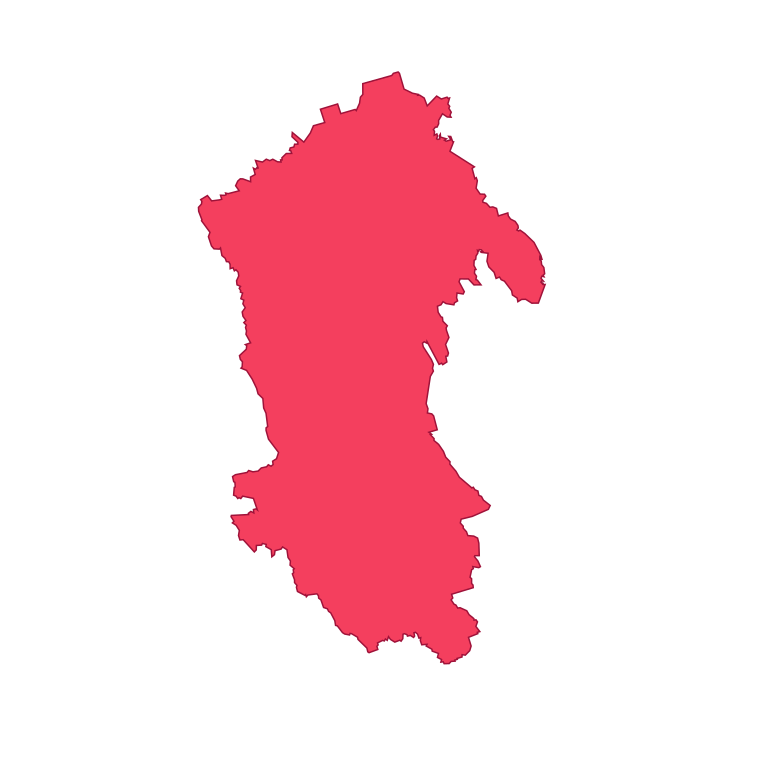 Banana, Queensland, Australia (Equal Earth projection), rotated 155°
{"feature_id": "25037944B6409140573096", "entity_name": "Banana", "entity_type": "district", "adm_level": 2, "iso_a3": "AUS", "parent_name": "Australia", "parent_adm1": "Queensland", "projection": "equal_earth", "projection_center": [149.813, -24.807], "detail": "fine", "context": "isolated", "style": "filled", "palette": "rose", "viewbox_px": 768, "rotation_deg": 155, "n_neighbors": 0, "source": "geoboundaries", "source_scale": "gbopen_adm2", "svg_char_len": 6171}
<svg xmlns="http://www.w3.org/2000/svg" viewBox="0 0 768 768"><g transform="rotate(155 384 384)"><path d="M399.8,128.9L400.3,131.4L402.2,131.9L401.7,133.4L404.4,139.0L404.8,143.5L409.6,149.1L411.9,149.8L412.2,153.2L413.6,154.9L414.4,160.0L412.1,161.0L411.6,164.9L389.2,161.7L388.3,164.2L388.9,166.2L386.9,170.5L387.7,172.5L383.0,178.7L381.1,178.9L380.7,181.0L375.7,177.5L373.8,177.7L373.7,183.9L375.0,189.2L374.2,190.0L370.2,188.2L365.3,199.7L364.3,204.8L366.9,208.2L372.1,211.2L371.7,215.2L373.1,219.9L372.3,221.6L373.6,225.8L371.2,228.9L359.9,226.7L342.4,226.3L339.1,229.0L343.0,236.8L343.2,240.9L345.1,243.0L344.1,247.3L346.3,249.7L346.7,252.7L348.3,252.7L355.1,267.6L355.7,274.6L358.2,283.5L357.0,285.7L359.0,291.6L358.6,297.8L360.0,306.2L362.6,311.7L361.7,313.3L363.4,318.5L362.1,318.3L363.7,321.3L355.1,320.0L352.5,334.1L353.3,336.7L356.9,339.4L354.6,343.0L354.1,348.4L338.8,371.3L333.8,374.8L333.4,377.7L330.9,380.9L330.7,386.2L332.7,401.1L331.9,404.7L329.7,405.3L328.0,403.0L327.1,404.4L325.8,378.5L323.0,378.5L322.6,376.7L317.7,377.4L316.3,383.0L314.5,382.5L312.5,384.8L311.5,393.8L305.5,398.7L304.7,406.3L304.0,408.6L302.0,410.0L304.1,416.0L302.9,419.7L304.0,420.8L304.6,426.1L302.7,431.9L298.9,431.7L295.7,433.7L293.8,430.7L287.2,426.2L285.8,427.8L282.2,428.2L281.8,431.4L279.4,435.6L274.2,432.1L272.2,433.7L272.8,444.9L270.7,447.1L263.1,443.5L260.6,435.8L254.2,432.9L255.5,438.7L256.6,439.8L254.6,442.6L255.2,446.2L253.4,449.2L252.2,448.9L252.4,453.5L250.0,458.0L248.2,458.2L246.5,461.1L243.5,463.1L242.8,465.6L242.0,464.4L240.9,465.6L239.1,464.5L238.5,462.5L240.3,463.0L240.4,462.3L234.4,458.5L238.8,451.8L239.5,445.8L237.0,438.7L237.8,432.3L234.1,432.1L233.7,429.0L231.4,426.3L228.9,414.6L230.0,410.4L227.0,405.6L227.9,402.0L223.5,402.5L219.8,400.9L215.9,394.8L209.9,392.1L195.9,406.1L197.3,406.6L197.4,408.2L198.0,407.6L198.7,410.0L197.2,410.9L196.1,410.0L197.0,413.5L195.4,415.0L193.7,413.6L193.8,415.4L191.8,416.0L189.9,422.0L190.7,425.6L189.5,429.1L190.3,430.9L188.4,434.7L188.8,430.7L188.1,430.3L187.5,434.3L188.2,448.9L192.8,460.9L195.7,466.0L197.3,465.8L198.5,467.4L196.3,468.7L195.6,471.1L196.4,475.9L199.6,480.0L200.3,483.8L199.5,486.7L209.3,488.0L207.8,495.6L210.5,498.5L213.3,499.4L214.8,504.4L217.5,506.9L217.1,508.5L212.3,511.2L212.7,513.5L216.6,515.5L217.8,522.5L213.5,528.8L213.2,532.0L214.9,531.6L213.0,542.2L210.3,542.6L225.9,567.1L218.6,574.1L219.3,574.6L218.9,580.1L220.7,581.1L220.1,577.1L225.1,577.8L226.2,579.5L223.8,579.8L228.4,583.9L227.4,586.6L228.9,585.6L229.8,582.6L231.8,582.9L232.7,584.0L230.7,586.1L230.4,588.3L233.4,588.2L231.4,591.7L231.8,593.6L228.9,595.1L227.3,594.4L224.5,596.7L223.1,599.8L216.8,604.2L213.9,599.3L210.5,597.5L210.6,599.7L208.2,601.9L208.7,606.5L207.1,607.9L207.8,610.8L203.7,615.5L205.3,615.8L205.6,617.3L211.6,618.1L214.6,622.7L227.3,617.8L226.7,626.2L229.6,630.7L231.4,631.4L230.6,632.0L235.3,635.5L241.2,642.8L238.7,659.0L239.3,660.8L244.2,661.6L246.6,660.3L276.3,665.2L280.8,655.4L284.2,653.9L287.5,648.8L293.6,643.5L294.1,645.0L308.9,647.3L307.7,657.4L325.5,659.9L327.2,646.0L338.8,647.9L344.7,642.6L354.4,637.1L360.8,650.7L362.9,647.0L359.9,639.5L360.7,637.8L363.7,639.1L365.5,636.9L369.2,637.6L371.0,635.6L369.9,634.8L370.2,632.0L375.2,634.2L380.9,632.2L381.6,630.2L383.0,630.8L383.5,628.7L386.6,630.4L389.8,634.7L393.1,634.7L395.7,637.5L400.3,636.5L406.0,640.9L406.9,632.3L407.5,633.9L409.8,632.9L411.1,634.8L412.2,628.3L417.5,628.0L419.4,623.7L425.3,629.6L427.6,630.7L430.8,629.7L434.7,626.4L433.6,620.3L444.8,622.4L446.9,624.0L447.1,622.3L448.6,622.3L452.4,624.2L453.0,620.0L455.3,620.4L462.8,622.8L464.4,629.4L472.2,628.6L471.9,626.5L473.4,624.2L477.5,622.5L479.0,618.8L479.6,609.9L480.4,609.1L477.6,595.0L480.9,591.7L482.0,582.1L481.0,578.4L476.2,575.8L474.7,576.4L476.6,568.9L474.8,565.0L475.1,561.5L473.0,560.3L472.9,557.5L474.7,553.5L471.7,553.2L471.8,549.8L469.9,550.1L468.9,546.9L470.0,543.3L474.0,539.9L475.3,536.0L472.8,533.1L474.8,531.9L474.4,529.2L475.3,528.0L473.7,526.2L477.7,521.8L475.6,519.3L478.0,516.3L477.5,511.8L482.1,509.2L483.2,505.0L482.3,499.9L485.1,498.9L483.9,495.4L485.6,493.8L486.2,490.2L488.1,487.4L487.5,477.7L493.0,478.3L492.2,476.8L494.1,473.7L503.0,470.8L503.8,466.9L502.9,464.0L505.3,459.5L506.9,458.8L502.8,454.4L501.4,444.1L501.3,433.9L502.3,428.3L499.9,422.1L503.2,413.1L503.3,407.3L507.4,394.6L509.4,394.1L510.5,391.8L512.0,382.8L508.5,366.5L513.0,361.7L517.6,361.1L518.5,357.9L521.1,357.2L523.0,359.7L525.4,358.6L530.7,359.8L534.9,358.3L539.9,359.8L543.2,362.8L545.5,361.7L557.0,364.6L560.4,364.1L561.5,359.0L560.7,357.9L562.3,353.6L563.4,353.6L567.3,346.8L565.5,344.9L564.9,342.0L563.5,342.3L562.2,340.7L559.5,342.1L550.7,335.5L552.0,323.5L552.7,324.9L555.4,325.4L556.5,322.2L558.5,324.8L561.6,324.1L561.9,322.9L577.9,329.4L578.7,328.4L578.0,323.0L580.1,322.2L577.7,318.4L577.0,312.4L579.9,308.2L580.5,303.5L577.4,302.4L572.5,286.6L569.9,287.6L567.9,291.6L563.0,289.7L561.6,290.9L558.5,288.4L559.8,286.6L556.2,281.5L558.7,274.8L555.4,275.6L553.2,279.0L547.0,277.9L544.8,279.2L542.0,274.8L544.3,267.3L543.6,263.2L545.7,259.5L543.4,254.5L544.8,254.0L545.6,251.2L547.3,250.7L547.8,244.4L549.0,241.8L548.0,238.3L549.3,236.8L550.1,232.5L545.0,225.9L544.0,226.2L544.3,224.0L542.1,224.9L533.5,222.2L532.9,219.9L533.7,217.5L532.4,215.0L533.2,207.0L530.3,204.2L530.3,201.4L529.0,199.1L528.6,190.3L529.9,185.7L528.5,184.5L526.7,176.2L525.3,174.0L521.3,171.1L520.2,172.3L519.0,171.5L515.0,165.7L515.5,163.5L511.1,151.9L511.9,148.1L511.1,146.8L501.8,146.0L501.3,149.3L499.6,150.0L499.3,152.1L493.6,152.2L492.3,151.0L490.5,152.3L489.4,150.3L486.7,153.1L486.1,149.8L483.3,145.5L478.0,145.1L477.2,143.7L474.6,145.2L472.5,149.2L471.1,149.1L469.1,147.2L469.3,145.6L466.4,145.0L464.3,141.8L462.8,142.6L462.0,145.9L460.5,145.7L459.3,143.2L459.7,138.9L457.9,138.6L459.5,136.2L460.0,131.7L455.0,129.9L456.5,128.7L452.7,123.4L453.2,121.5L448.5,116.8L451.1,113.6L448.3,110.0L450.0,107.9L447.7,107.2L447.7,105.1L443.1,103.1L440.4,104.2L436.7,102.8L436.6,103.9L433.9,103.5L433.8,104.4L428.7,103.6L427.6,105.7L424.9,103.9L419.0,106.1L415.8,109.7L414.5,118.7L404.5,118.1L404.4,119.5L401.8,119.1L403.2,125.5L399.8,128.9Z" fill="#f43f5e" stroke="#9f1239" stroke-width="1.5"/></g></svg>